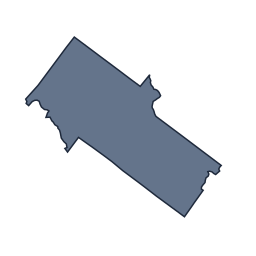 the district of São Felipe D'Oeste, Rondônia, Brazil, rotated 307°
{"feature_id": "56859067B20440072636343", "entity_name": "São Felipe D'Oeste", "entity_type": "district", "adm_level": 2, "iso_a3": "BRA", "parent_name": "Brazil", "parent_adm1": "Rondônia", "projection": "mercator", "projection_center": [-61.468, -11.916], "detail": "fine", "context": "isolated", "style": "filled", "palette": "slate", "viewbox_px": 256, "rotation_deg": 307, "n_neighbors": 0, "source": "geoboundaries", "source_scale": "gbopen_adm2", "svg_char_len": 1231}
<svg xmlns="http://www.w3.org/2000/svg" viewBox="0 0 256 256"><g transform="rotate(307 128 128)"><path d="M89.5,28.9L88.3,31.3L86.3,31.9L86.1,35.2L91.4,35.6L93.9,36.8L95.5,38.6L95.9,41.0L94.1,43.5L92.7,46.2L92.5,50.1L93.9,52.6L94.0,54.6L91.5,54.7L89.1,55.5L87.1,56.1L89.7,59.2L87.9,62.9L87.7,64.8L86.6,67.6L86.9,71.0L85.7,72.1L85.1,74.6L83.3,77.0L79.8,80.8L78.5,85.0L78.2,88.3L75.7,91.0L73.7,89.9L72.4,94.2L90.7,94.1L91.1,107.8L91.2,110.1L91.4,122.5L91.5,135.2L90.8,149.4L90.9,167.7L90.9,176.1L90.7,191.5L91.1,226.5L103.5,226.1L107.6,225.9L123.5,225.5L123.3,223.5L125.1,222.2L127.1,222.1L130.8,222.3L133.0,221.1L135.1,220.3L137.9,221.0L139.9,220.3L141.2,218.0L142.6,219.2L143.5,221.4L143.3,223.9L143.6,226.0L146.5,226.6L148.8,227.1L149.8,225.2L151.9,224.8L154.2,225.0L154.2,176.6L154.1,143.3L155.3,140.8L156.6,139.2L158.0,137.1L158.6,135.3L159.8,134.2L161.7,133.3L164.4,132.1L166.9,133.1L169.1,133.7L171.3,134.6L173.4,134.6L175.1,131.4L175.7,129.0L175.4,126.9L174.5,125.4L175.7,123.2L176.3,120.5L177.8,118.5L179.5,117.7L180.5,116.1L181.2,114.5L183.6,113.3L168.6,112.7L168.5,102.3L168.5,92.0L168.5,81.8L168.4,61.3L168.4,51.1L168.3,30.4L155.4,30.2L107.8,30.5L89.5,28.9Z" fill="#64748b" stroke="#1e293b" stroke-width="1.5"/></g></svg>